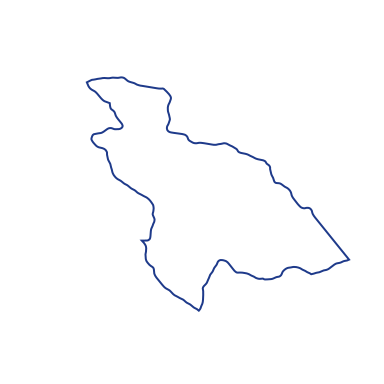 Mella, Independencia, Dominican Republic (Natural Earth projection), rotated 141°
{"feature_id": "3306468B62036034532374", "entity_name": "Mella", "entity_type": "district", "adm_level": 2, "iso_a3": "DOM", "parent_name": "Dominican Republic", "parent_adm1": "Independencia", "projection": "natural_earth1", "projection_center": [-71.428, 18.297], "detail": "fine", "context": "isolated", "style": "outline", "palette": "blue", "viewbox_px": 384, "rotation_deg": 141, "n_neighbors": 0, "source": "geoboundaries", "source_scale": "gbopen_adm2", "svg_char_len": 5575}
<svg xmlns="http://www.w3.org/2000/svg" viewBox="0 0 384 384"><g transform="rotate(141 192 192)"><path d="M188.6,76.8L185.3,74.5L184.3,74.0L183.2,73.6L180.5,72.9L179.5,72.5L178.1,71.7L177.2,71.3L176.1,71.2L175.1,71.3L174.1,71.7L172.3,72.7L171.2,73.1L169.5,73.3L167.8,73.3L166.6,73.1L165.5,72.8L164.5,72.3L162.7,71.2L160.6,70.1L159.7,69.4L158.3,68.1L157.1,66.6L156.4,65.5L155.8,64.4L155.0,62.1L153.7,59.5L152.9,57.2L151.6,54.7L151.1,53.1L148.9,52.0L146.3,51.0L143.5,49.5L139.1,48.2L136.8,47.0L135.7,46.6L134.5,46.3L133.3,46.2L127.0,46.0L125.2,45.7L124.2,45.3L121.8,44.0L120.8,43.6L118.0,42.9L117.0,42.5L114.6,41.2L112.5,40.6L112.4,94.8L112.3,96.9L112.0,98.9L111.6,100.1L110.7,102.0L110.5,103.2L110.5,103.8L110.7,105.0L110.9,105.5L111.5,106.4L112.3,107.1L113.1,107.7L114.6,108.4L115.0,108.7L115.8,109.5L116.4,110.4L116.7,110.9L117.1,112.1L117.3,114.1L117.4,116.2L117.3,121.1L117.2,123.9L117.0,125.2L116.7,126.5L115.5,129.1L115.2,130.2L115.0,131.5L115.1,133.4L115.2,134.0L115.5,135.2L116.6,137.8L117.5,141.4L117.9,142.6L118.4,143.5L119.1,144.3L120.5,145.6L121.1,146.3L121.3,146.7L121.5,147.8L121.3,148.8L120.1,151.9L119.5,154.9L119.1,156.1L116.9,160.6L115.8,162.0L115.5,162.8L115.4,163.3L115.4,164.4L115.9,166.2L116.1,167.1L115.8,169.2L115.8,169.7L116.0,170.3L116.2,170.8L116.8,171.9L120.1,175.9L121.2,177.5L121.8,178.7L122.7,180.9L124.0,183.5L124.7,185.2L125.3,186.4L126.4,188.0L129.3,191.5L130.3,193.1L130.6,194.2L130.6,194.6L130.3,196.8L130.5,197.8L132.0,202.0L133.3,204.6L134.2,206.8L134.7,207.9L135.8,209.2L136.7,209.9L139.1,211.1L141.4,212.5L143.5,213.5L144.4,214.2L145.3,214.9L146.5,216.2L151.9,222.3L154.1,224.6L155.4,225.7L157.4,226.8L158.3,227.4L159.5,228.6L160.1,229.5L160.4,230.1L161.6,233.2L161.8,234.2L161.8,235.2L161.0,237.5L160.9,238.7L161.1,239.9L161.5,241.0L162.2,242.0L163.3,243.4L169.3,249.8L170.9,251.6L171.6,252.6L171.8,253.1L172.1,253.7L172.2,254.3L172.2,254.9L172.2,255.6L172.0,256.2L171.5,257.2L170.8,258.0L169.9,258.7L167.9,259.5L167.0,260.0L164.3,261.7L163.5,262.3L162.9,263.2L161.2,266.6L160.3,268.9L159.8,270.0L158.8,271.4L157.7,272.8L156.8,273.6L155.9,274.3L155.0,274.8L153.0,275.7L149.9,277.6L149.2,278.3L148.9,278.8L148.5,279.9L148.4,281.1L148.3,282.4L148.5,285.7L149.0,289.8L149.3,290.4L149.6,290.8L151.6,292.3L152.9,293.5L154.2,294.9L163.9,305.8L165.2,307.2L166.3,308.7L167.3,310.3L168.0,312.1L168.5,313.1L169.1,314.0L170.8,316.4L171.7,317.9L172.1,319.0L172.7,322.2L173.0,323.3L173.6,324.3L174.3,325.1L175.1,325.8L177.1,326.9L178.0,327.5L181.0,330.2L181.8,330.9L184.8,332.6L185.7,333.3L188.2,335.6L189.5,336.6L191.5,337.7L194.3,339.4L196.3,340.4L198.2,341.5L199.1,342.1L200.5,342.5L204.7,343.4L205.6,340.3L205.9,339.2L206.0,337.9L206.0,336.6L205.6,334.8L204.3,331.6L204.0,330.3L203.8,328.3L203.7,322.0L203.5,320.0L203.2,318.6L202.8,317.5L200.0,312.8L201.2,311.0L202.0,309.6L202.4,308.6L202.6,308.1L202.6,307.1L202.0,304.7L201.9,303.6L202.0,302.5L203.2,299.3L203.5,297.4L203.6,295.3L203.6,290.5L203.6,289.2L203.9,288.0L204.1,287.4L204.4,286.9L204.9,286.6L205.3,286.3L206.4,286.1L207.4,286.2L208.5,286.5L209.4,287.0L212.3,289.2L213.0,290.0L213.8,291.4L214.4,292.3L215.1,293.0L216.0,293.6L216.6,293.9L217.8,294.2L219.0,294.3L222.8,294.5L224.6,294.8L225.7,295.2L228.0,296.6L231.2,298.3L232.1,298.7L233.1,298.7L233.5,298.6L234.4,298.2L235.6,297.5L236.4,296.9L236.8,296.5L237.1,296.0L237.4,294.8L237.6,292.8L237.5,290.0L237.3,287.9L236.9,286.6L236.3,285.4L234.0,282.4L233.4,281.3L233.1,280.7L232.8,279.5L232.7,278.9L232.8,277.8L233.0,276.7L233.2,276.2L234.6,274.4L236.6,270.5L237.0,269.4L237.6,266.3L237.9,265.1L239.4,262.0L240.3,259.7L241.3,257.7L241.7,256.6L242.0,255.3L242.2,254.1L242.2,251.5L242.0,250.2L241.7,248.9L240.4,245.7L240.1,244.5L239.6,242.1L239.3,240.9L238.1,238.2L237.8,237.1L237.2,234.0L236.9,232.8L235.5,229.6L235.2,228.4L234.8,225.9L234.4,224.7L233.0,221.6L232.1,219.3L230.9,216.7L230.5,215.5L230.1,213.4L230.0,211.3L230.1,209.2L230.3,207.1L230.4,206.4L230.9,205.3L231.5,204.3L232.2,203.3L233.8,201.7L234.6,201.0L235.9,200.1L236.6,199.4L237.0,198.5L237.6,196.3L237.9,195.2L238.4,194.2L239.2,193.4L240.0,192.7L240.5,192.4L242.0,191.7L244.3,190.3L246.3,189.3L247.3,188.7L248.6,187.5L252.0,183.9L253.3,182.7L254.3,182.1L254.9,182.0L256.0,182.0L256.5,182.1L257.0,182.3L257.9,182.9L261.6,185.8L261.4,182.9L261.5,181.0L261.7,179.7L262.1,178.6L263.0,177.1L264.2,175.8L265.3,174.6L267.4,172.8L270.0,169.1L270.5,168.0L270.9,166.7L271.0,164.8L270.9,162.2L270.5,160.4L269.9,158.5L269.8,157.5L269.9,156.9L270.3,155.9L272.6,152.4L273.0,151.2L273.3,149.9L273.5,147.9L273.5,145.1L273.5,138.8L273.4,136.1L273.2,134.7L272.9,133.5L271.8,130.8L271.4,129.7L271.2,128.4L270.9,124.6L270.5,122.7L270.0,121.6L269.1,119.5L268.2,117.2L266.7,114.1L266.4,112.9L266.0,110.4L265.7,109.2L264.3,106.0L264.0,104.8L263.4,101.7L263.1,100.6L261.9,97.9L261.4,95.5L259.8,95.8L258.7,96.2L256.4,97.6L254.4,98.6L252.9,99.7L251.1,101.5L248.1,104.9L245.7,107.9L244.3,110.3L243.9,110.6L243.5,110.9L243.0,111.1L242.0,111.4L239.3,111.7L237.6,112.1L236.7,112.6L234.8,113.6L232.8,114.6L230.0,116.2L228.9,116.5L226.7,117.0L225.6,117.4L222.7,118.9L221.7,119.2L218.9,119.9L218.0,120.3L216.2,121.3L215.7,121.5L214.6,121.7L214.0,121.6L213.5,121.5L212.9,121.3L212.4,120.9L211.5,120.2L210.6,119.2L209.9,118.2L209.2,117.1L209.0,116.5L208.6,115.1L208.5,113.1L208.6,106.1L208.6,104.1L208.4,102.9L208.1,101.7L207.8,101.2L207.5,100.8L205.4,99.2L203.6,97.6L201.9,95.7L200.7,94.3L200.0,93.2L199.4,92.1L198.5,89.8L197.2,87.3L196.4,85.0L195.8,84.0L195.2,83.1L194.4,82.2L193.5,81.5L191.4,80.1L191.0,79.1L190.5,78.3L189.8,77.7L188.6,76.8Z" fill="none" stroke="#1e3a8a" stroke-width="2"/></g></svg>